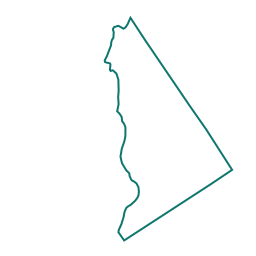 Presque Isle, Michigan, United States of America (orthographic projection), rotated 237°
{"feature_id": "52423323B16586012901147", "entity_name": "Presque Isle", "entity_type": "district", "adm_level": 2, "iso_a3": "USA", "parent_name": "United States of America", "parent_adm1": "Michigan", "projection": "orthographic", "projection_center": [-83.792, 45.413], "detail": "fine", "context": "isolated", "style": "outline", "palette": "teal", "viewbox_px": 256, "rotation_deg": 237, "n_neighbors": 0, "source": "geoboundaries", "source_scale": "gbopen_adm2", "svg_char_len": 909}
<svg xmlns="http://www.w3.org/2000/svg" viewBox="0 0 256 256"><g transform="rotate(237 128 128)"><path d="M45.9,63.2L35.8,63.5L35.8,167.3L36.2,192.5L84.0,192.8L114.0,191.8L192.2,190.2L219.1,190.1L215.1,184.0L213.7,180.5L213.7,178.4L218.9,175.6L220.2,171.4L219.5,169.8L218.8,169.0L216.1,168.2L211.5,164.8L210.9,163.0L209.3,160.9L206.6,158.8L199.7,149.4L197.3,145.2L195.7,144.7L191.9,148.1L190.7,147.8L186.8,144.6L185.3,144.5L185.0,146.2L184.3,146.8L180.0,147.9L173.9,146.3L164.4,140.5L159.3,136.6L153.1,133.1L147.9,128.0L144.6,128.7L140.7,128.7L137.0,126.8L133.7,127.0L129.9,126.2L122.5,121.3L118.9,117.8L114.0,111.5L108.1,106.1L101.8,103.8L93.6,103.5L89.3,104.4L86.9,103.2L82.9,102.6L81.3,102.9L80.5,103.6L77.1,104.9L72.9,104.6L68.7,102.5L65.8,100.1L64.3,97.7L63.1,94.5L62.1,88.8L62.2,84.5L61.8,82.8L59.5,79.4L55.8,75.9L50.9,70.0L47.6,64.9L45.9,63.2Z" fill="none" stroke="#0f766e" stroke-width="2"/></g></svg>